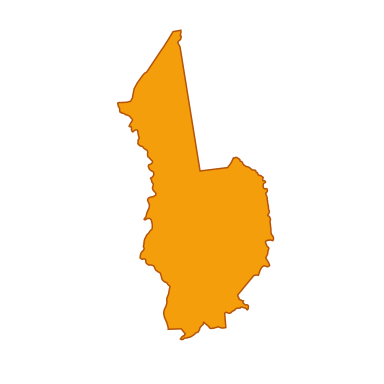 the district of Viancelle, Vieux Fort, Saint Lucia, rotated 33°
{"feature_id": "8701671B99904787478825", "entity_name": "Viancelle", "entity_type": "district", "adm_level": 2, "iso_a3": "LCA", "parent_name": "Saint Lucia", "parent_adm1": "Vieux Fort", "projection": "natural_earth1", "projection_center": [-60.968, 13.815], "detail": "fine", "context": "isolated", "style": "filled", "palette": "amber", "viewbox_px": 384, "rotation_deg": 33, "n_neighbors": 0, "source": "geoboundaries", "source_scale": "gbopen_adm2", "svg_char_len": 6062}
<svg xmlns="http://www.w3.org/2000/svg" viewBox="0 0 384 384"><g transform="rotate(33 192 192)"><path d="M81.3,157.9L82.6,159.3L83.7,160.3L84.3,160.6L84.7,160.7L85.5,161.2L86.4,162.2L87.2,163.4L88.0,164.1L88.5,164.2L89.1,163.9L89.3,163.8L89.8,164.1L90.4,164.0L90.6,163.8L91.2,163.5L91.6,163.4L93.4,163.2L94.0,163.3L94.6,163.3L95.8,162.7L97.5,162.4L98.9,162.4L99.8,163.0L100.4,163.1L101.2,163.2L102.1,163.5L102.7,163.8L103.0,164.2L103.0,167.5L103.4,171.1L103.7,171.2L104.0,171.2L104.3,171.0L104.7,170.9L104.9,170.6L105.2,170.5L105.6,170.5L105.9,170.6L106.6,171.6L107.5,173.0L108.0,173.3L108.8,173.8L109.5,173.9L109.8,173.6L110.0,172.6L110.3,171.5L110.6,171.1L111.4,170.3L112.2,169.9L112.7,169.9L114.4,171.7L115.2,172.6L116.0,173.5L117.8,175.0L118.2,175.4L118.5,175.8L118.5,177.7L118.6,178.1L119.3,179.1L119.7,179.6L120.0,180.6L120.7,181.2L122.6,181.5L123.5,181.6L124.3,181.3L125.0,181.0L125.4,180.9L125.8,180.9L127.5,181.4L128.2,181.5L129.0,181.6L131.2,181.5L132.0,181.7L132.7,182.2L133.3,182.8L133.7,183.9L135.2,185.9L135.8,186.4L136.9,186.5L137.9,186.7L140.8,187.5L142.0,187.6L142.5,188.3L142.6,188.6L142.6,190.5L141.7,191.6L141.0,192.7L141.1,193.8L141.5,194.4L143.1,195.7L144.0,196.1L145.7,196.4L146.5,196.4L148.2,196.2L149.2,196.5L149.5,196.8L150.3,198.0L150.7,198.9L150.6,201.2L149.8,202.5L149.8,203.1L150.3,203.4L151.4,203.8L151.8,204.3L152.4,205.1L153.7,205.8L154.8,206.1L155.3,206.6L155.7,207.3L156.4,209.5L156.9,210.6L158.3,211.6L162.1,212.6L162.6,213.0L163.2,214.1L163.2,214.5L162.9,215.4L161.7,217.4L160.0,218.8L159.1,220.3L158.8,220.9L158.8,222.0L159.3,223.2L160.7,224.1L161.9,225.0L162.9,225.5L163.5,226.3L164.1,227.5L164.7,228.8L164.9,230.5L165.5,234.0L165.9,235.2L166.8,237.5L166.8,238.8L166.6,240.0L166.8,241.1L167.4,241.1L168.0,240.8L168.5,239.5L169.1,238.5L170.6,237.4L171.4,237.2L172.4,237.4L173.6,238.1L176.2,240.7L176.9,241.7L178.0,243.4L178.7,244.9L178.2,246.6L178.0,248.2L178.1,249.8L177.5,252.4L177.5,253.0L177.8,255.1L177.8,255.8L178.0,257.4L178.8,259.6L179.6,261.1L180.3,262.4L180.7,263.8L180.9,264.2L182.3,265.1L182.6,265.4L182.9,266.1L183.0,266.6L183.0,267.0L183.0,267.6L182.7,268.5L182.6,269.0L182.5,270.5L183.0,272.9L183.8,274.3L184.0,274.9L184.2,275.3L184.4,275.5L184.8,275.7L186.2,275.7L186.9,275.5L188.2,274.2L188.7,274.0L189.2,273.9L189.6,273.9L189.9,274.0L190.5,274.5L191.1,275.5L191.6,276.0L192.5,276.6L193.8,276.8L194.7,276.9L195.8,276.7L196.3,276.1L197.1,275.7L198.1,275.3L199.9,274.9L200.7,275.0L203.1,276.7L204.5,277.3L207.2,277.4L208.4,277.3L209.2,277.3L209.8,277.5L210.9,278.3L213.7,280.9L214.8,281.8L217.1,282.3L218.5,282.2L219.2,282.0L219.9,281.9L220.3,281.9L221.2,282.2L222.4,282.8L224.2,283.1L225.0,283.2L226.0,285.9L227.9,290.4L228.7,294.6L230.1,297.0L231.2,298.3L232.2,301.1L232.9,306.0L234.1,308.9L236.8,311.8L242.4,315.6L246.3,319.1L246.8,320.1L257.5,312.6L263.7,314.7L263.6,316.6L263.2,317.3L262.5,318.6L262.4,319.0L262.4,320.2L262.3,321.6L263.3,321.6L264.0,321.1L265.0,320.1L265.1,319.2L265.4,318.4L267.0,317.4L268.0,316.3L268.4,315.6L269.5,314.6L270.1,313.7L271.6,310.1L271.7,308.8L272.8,306.9L273.4,306.1L273.5,305.7L273.3,304.6L273.3,303.3L272.6,301.9L272.7,300.9L272.8,299.4L273.3,297.9L273.4,296.9L272.8,295.6L272.8,294.9L279.0,295.6L280.2,296.1L280.8,296.4L281.5,296.4L282.2,296.1L283.0,295.6L283.7,294.9L284.6,294.2L285.2,293.3L286.3,292.2L286.9,291.4L287.1,290.8L287.8,290.7L290.2,290.2L292.1,289.2L293.2,288.3L294.2,287.2L285.5,276.0L285.5,275.9L285.7,274.7L286.9,274.0L287.8,274.0L289.3,273.4L290.4,272.2L290.8,270.1L292.0,268.1L292.4,265.9L293.4,264.6L295.6,263.2L295.5,262.8L295.5,262.4L295.7,262.1L296.0,261.7L296.8,261.3L298.2,260.9L300.0,260.3L300.6,260.2L301.1,260.2L301.7,260.7L302.0,260.8L302.5,260.8L302.6,260.6L302.7,260.3L302.7,259.4L301.6,257.1L301.1,256.7L300.4,256.5L299.7,256.6L299.4,256.7L299.2,256.9L298.5,257.5L298.2,257.6L297.6,257.6L296.9,257.5L295.6,257.2L294.6,256.8L294.5,256.5L294.4,255.4L293.7,255.8L291.7,256.0L290.8,256.2L289.8,256.2L288.9,255.2L287.3,254.5L287.0,254.3L286.8,253.7L286.4,253.5L289.3,228.5L290.8,226.8L293.0,225.7L291.8,220.7L291.5,217.4L292.3,215.0L293.8,214.1L295.6,213.9L296.9,212.6L297.0,211.1L294.2,209.3L290.9,207.7L289.7,207.0L289.3,203.1L287.7,199.8L287.3,197.7L286.4,196.8L284.6,196.7L281.5,194.6L280.6,193.5L281.1,191.9L282.2,190.9L282.1,191.2L283.5,189.9L284.0,189.5L285.3,189.2L286.1,188.9L286.3,188.5L286.3,188.1L286.2,187.5L285.7,186.7L285.1,185.9L284.8,185.6L283.0,184.6L282.7,184.5L281.7,184.3L280.6,183.3L279.0,181.1L277.9,179.5L276.9,178.4L275.0,176.0L273.7,174.6L273.4,173.9L273.1,173.0L273.0,172.6L272.3,171.8L271.2,171.0L270.3,170.5L270.0,170.4L268.9,170.4L268.5,170.4L268.1,170.2L268.0,169.9L268.1,168.7L268.0,167.5L267.8,166.8L267.5,166.1L267.2,165.8L266.4,165.4L265.8,164.9L264.9,163.9L264.4,163.1L263.7,162.3L263.5,162.0L262.6,161.2L261.6,160.2L260.3,158.4L259.7,157.9L259.4,157.8L259.0,157.4L258.7,156.6L258.3,156.0L257.3,155.1L255.8,154.1L254.5,152.9L254.5,152.4L254.8,151.6L254.7,150.1L254.6,149.8L253.8,149.0L253.3,148.6L253.1,148.5L252.7,148.6L252.2,149.0L251.2,149.8L250.9,149.9L250.7,149.9L249.5,149.4L248.4,148.4L248.0,147.5L247.5,146.2L247.6,145.4L248.3,143.8L248.3,143.6L248.1,143.5L247.4,143.1L246.9,143.1L246.3,143.3L245.6,143.8L245.2,143.8L244.6,143.2L244.3,142.7L244.0,141.9L243.8,141.0L240.3,140.8L239.4,141.5L238.1,141.5L237.6,141.1L236.5,140.3L234.8,140.3L234.0,139.5L233.3,139.3L232.7,139.4L231.0,140.6L229.7,140.6L228.1,140.4L226.9,140.2L225.4,140.4L222.9,141.3L221.6,141.0L220.3,141.1L219.0,140.4L218.1,139.6L216.9,139.5L216.0,139.8L215.3,139.7L214.4,138.7L211.3,138.6L209.9,139.0L209.1,140.4L209.0,140.9L208.5,141.1L208.2,141.0L208.4,142.4L208.8,145.4L208.9,147.8L208.5,152.2L187.3,170.0L102.9,76.8L98.6,74.4L98.6,72.3L99.3,70.4L99.1,69.5L98.2,67.3L97.1,67.3L96.7,66.6L95.9,64.3L94.6,62.4L88.8,67.8L89.1,78.6L89.1,82.3L89.2,84.9L89.0,90.5L88.7,116.1L88.0,117.3L87.5,118.4L87.1,121.5L86.7,130.2L87.1,135.2L87.3,137.1L90.1,144.1L90.8,145.3L90.8,146.9L91.1,149.4L89.6,150.9L88.9,151.8L88.3,152.3L87.9,152.7L86.5,153.6L84.4,155.2L82.2,156.6L81.3,157.9Z" fill="#f59e0b" stroke="#b45309" stroke-width="1.5"/></g></svg>